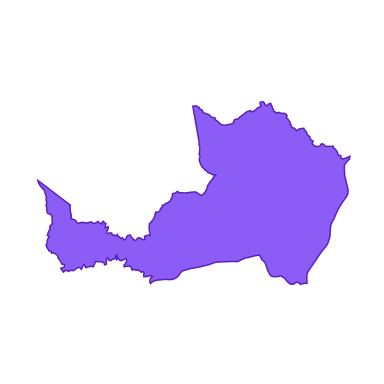 outline of Porto Franco, Maranhão, Brazil, rotated 190°
{"feature_id": "56859067B97891861760151", "entity_name": "Porto Franco", "entity_type": "district", "adm_level": 2, "iso_a3": "BRA", "parent_name": "Brazil", "parent_adm1": "Maranhão", "projection": "robinson", "projection_center": [-47.099, -6.384], "detail": "fine", "context": "isolated", "style": "filled", "palette": "violet", "viewbox_px": 384, "rotation_deg": 190, "n_neighbors": 0, "source": "geoboundaries", "source_scale": "gbopen_adm2", "svg_char_len": 5029}
<svg xmlns="http://www.w3.org/2000/svg" viewBox="0 0 384 384"><g transform="rotate(190 192 192)"><path d="M42.6,251.8L42.8,254.6L45.5,252.7L48.9,250.7L51.4,251.4L51.7,253.6L54.3,253.7L55.5,255.8L56.6,257.5L58.6,259.2L60.2,259.9L60.8,261.6L65.1,260.7L67.9,260.1L69.9,261.1L71.5,262.2L73.2,261.6L74.0,259.5L75.8,258.6L78.0,258.5L79.8,258.9L82.0,260.1L81.6,263.2L83.5,263.8L84.9,265.1L85.5,266.7L87.1,267.7L88.8,269.0L90.0,271.4L91.8,272.4L92.9,274.2L96.6,273.1L98.2,272.0L99.7,270.4L102.1,272.5L104.7,272.9L106.4,275.4L107.1,276.9L108.2,278.4L109.9,280.2L112.2,282.0L111.6,283.7L113.6,285.4L115.6,285.4L117.9,284.9L119.8,285.6L121.8,284.9L123.0,284.0L123.7,285.2L125.4,285.7L126.3,287.5L127.3,288.4L127.9,289.9L129.9,293.0L132.1,291.8L133.0,289.8L134.8,290.4L137.2,293.2L140.1,292.5L140.4,290.6L139.4,289.5L138.9,288.0L140.8,287.2L142.5,285.7L143.9,283.7L145.1,282.1L146.5,282.0L147.6,281.1L148.7,282.3L152.2,280.4L153.1,279.3L155.8,276.2L157.1,275.0L158.3,273.7L159.3,271.8L161.5,271.4L162.8,270.4L163.4,267.0L165.9,265.4L168.2,264.7L170.7,263.5L174.0,263.3L176.6,264.3L178.1,265.5L179.4,266.3L181.8,267.1L182.2,269.0L185.5,269.0L188.8,271.2L191.6,271.5L194.7,272.1L196.1,274.4L198.9,275.3L200.0,276.8L203.2,277.6L206.1,276.6L193.7,242.5L193.2,239.6L192.0,237.3L191.8,234.9L191.5,233.2L191.5,230.4L190.2,228.5L190.5,225.3L189.9,223.6L188.7,221.4L186.4,218.4L184.5,217.2L183.5,216.2L181.0,215.0L179.4,213.7L177.9,213.7L176.3,213.2L174.4,212.5L171.8,213.0L173.0,211.1L174.0,208.8L174.8,207.0L176.0,205.1L176.7,203.2L177.9,200.7L177.6,198.8L178.9,194.8L179.7,193.1L180.6,191.7L182.3,190.2L188.4,192.7L191.8,191.9L195.7,190.8L198.9,189.7L201.8,189.5L204.5,189.2L206.7,190.0L208.0,188.2L210.9,187.0L210.6,184.4L211.4,181.6L211.8,179.3L213.3,178.2L214.3,176.9L215.8,176.3L216.6,174.7L218.8,173.9L218.9,171.6L220.1,170.3L220.5,167.4L222.4,166.2L224.3,165.9L224.6,161.2L225.6,157.9L226.9,155.6L228.5,153.0L227.8,148.4L227.2,146.2L226.0,143.6L225.9,141.7L227.5,142.0L231.1,140.2L230.1,136.9L232.2,136.5L234.4,137.6L235.7,137.8L237.5,137.2L238.9,134.4L240.8,134.8L243.8,137.0L245.2,138.9L247.7,138.1L248.5,136.9L248.9,134.6L250.0,133.5L251.4,133.0L252.3,134.8L254.0,133.9L255.7,135.2L257.6,135.5L258.0,137.2L259.5,135.6L260.9,136.2L262.9,135.7L264.0,137.6L265.8,137.5L267.4,136.5L268.9,137.0L268.9,138.8L268.2,141.1L268.6,143.3L271.1,141.8L271.5,143.9L271.3,146.1L272.9,146.4L274.1,147.7L275.2,146.9L275.2,144.8L277.8,145.3L279.3,146.7L281.7,144.7L282.9,144.1L284.6,143.9L285.6,145.1L287.9,144.4L289.0,143.4L290.7,143.5L291.9,142.8L293.7,143.3L296.4,142.5L298.7,141.4L300.1,141.7L301.0,143.3L302.3,144.0L304.8,144.6L306.5,144.8L306.9,148.3L307.8,150.0L308.8,153.4L309.5,156.1L309.5,157.9L345.7,176.6L344.7,174.3L342.6,171.8L339.8,169.5L337.5,167.8L336.7,165.7L335.4,163.7L334.5,161.5L334.4,158.9L332.9,156.3L333.5,154.3L332.8,152.4L332.0,150.2L331.5,147.8L330.6,146.0L327.1,145.4L325.3,142.8L324.6,138.4L323.9,136.6L325.4,134.8L326.0,133.3L325.4,130.7L326.2,128.6L326.7,126.3L326.9,124.0L324.7,123.5L325.8,120.9L326.2,119.1L325.8,116.4L326.5,114.8L325.7,112.8L322.5,109.1L320.7,109.3L319.7,107.4L317.7,108.1L315.7,107.3L313.4,106.3L312.3,103.5L309.0,100.5L307.7,98.4L305.0,98.6L304.8,95.7L308.0,94.1L306.0,92.0L304.7,90.8L303.1,92.7L301.3,92.9L299.8,92.3L298.2,93.7L296.7,93.9L295.1,93.9L293.7,95.3L291.3,97.9L289.4,98.0L287.5,96.7L286.7,100.0L285.6,101.8L283.6,99.1L280.3,100.6L278.3,101.4L276.1,101.2L274.9,106.7L271.5,107.1L269.7,107.6L266.4,107.0L265.4,105.0L263.8,105.9L264.6,111.7L263.1,112.5L262.2,110.5L260.3,110.2L259.2,111.4L257.4,112.5L255.9,113.8L254.5,112.1L253.3,114.1L252.2,113.0L250.8,111.9L248.9,112.5L247.6,113.5L245.5,115.2L244.3,112.8L245.1,110.0L246.3,108.0L245.8,106.5L244.0,107.4L240.3,108.2L239.0,107.4L237.3,104.6L236.1,105.8L234.0,105.3L232.3,105.5L230.7,105.6L228.0,104.2L226.6,105.1L225.0,104.0L225.3,102.2L224.7,100.2L222.2,100.8L220.0,101.7L217.7,102.5L216.3,101.9L217.4,100.4L218.1,99.1L218.0,96.2L216.9,94.7L214.7,97.4L211.7,98.9L202.5,101.5L200.0,101.6L195.5,102.7L192.1,105.3L190.7,107.3L189.4,110.2L187.7,112.6L186.1,113.5L180.2,116.3L177.6,117.3L174.8,118.2L172.0,119.3L162.7,123.4L157.9,126.2L155.4,127.3L139.9,130.7L135.1,131.3L130.4,134.7L127.8,136.4L125.3,137.2L118.9,140.2L114.5,141.5L111.4,137.5L108.7,135.8L107.5,134.7L106.1,132.3L103.8,127.7L102.4,126.3L101.5,124.7L99.2,122.9L97.3,122.7L92.8,123.6L90.0,124.9L85.7,123.0L83.5,121.0L81.7,119.7L79.6,118.5L76.2,118.7L73.4,121.4L71.2,121.2L69.1,119.8L67.7,120.8L64.1,121.9L62.9,122.2L63.5,124.8L64.1,127.7L64.5,130.9L63.8,134.0L61.9,138.3L60.9,140.4L59.9,142.8L58.2,146.2L55.7,152.3L53.8,156.1L53.1,157.4L52.3,158.8L50.1,162.8L49.6,164.4L49.2,165.9L48.8,168.8L48.6,170.4L48.5,172.2L48.6,174.1L48.9,176.7L49.2,178.8L49.4,181.0L49.5,182.8L49.4,184.5L48.4,188.1L47.6,189.9L46.0,197.1L44.8,201.2L42.2,207.8L40.1,212.1L39.3,213.6L38.3,216.6L38.3,218.7L38.7,221.3L44.3,234.3L45.7,239.8L46.5,244.5L46.0,246.2L45.1,248.3L42.6,251.8ZM255.9,113.8L255.9,115.5L255.2,116.9L254.3,115.5L255.9,113.8Z" fill="#8b5cf6" stroke="#5b21b6" stroke-width="1.5"/></g></svg>